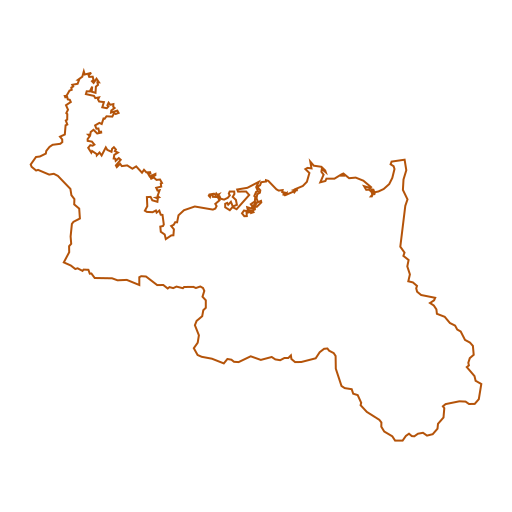 Kankintú, Ngöbe Buglé, Panama (orthographic projection)
{"feature_id": "35544464B2015792153620", "entity_name": "Kankintú", "entity_type": "district", "adm_level": 2, "iso_a3": "PAN", "parent_name": "Panama", "parent_adm1": "Ngöbe Buglé", "projection": "orthographic", "projection_center": [-82.082, 8.823], "detail": "fine", "context": "isolated", "style": "outline", "palette": "amber", "viewbox_px": 512, "rotation_deg": 0, "n_neighbors": 0, "source": "geoboundaries", "source_scale": "gbopen_adm2", "svg_char_len": 5975}
<svg xmlns="http://www.w3.org/2000/svg" viewBox="0 0 512 512"><path d="M63.8,262.4L70.8,265.5L75.3,269.0L77.6,268.3L82.5,270.9L83.6,269.6L88.4,269.8L89.8,273.7L91.4,273.5L94.7,278.0L112.1,278.3L117.5,280.3L126.8,279.9L139.3,285.0L139.3,277.2L141.2,276.2L146.0,276.5L157.2,285.1L163.3,285.0L167.7,288.5L169.5,287.1L173.2,288.1L176.5,286.6L182.9,288.2L184.1,287.0L193.4,286.9L195.9,288.0L200.3,286.5L203.0,288.0L204.3,290.9L202.5,296.7L205.8,300.3L205.8,307.8L203.3,310.2L202.2,316.2L196.6,320.9L194.9,325.2L198.9,335.3L197.7,342.7L193.8,348.2L197.6,355.0L201.7,356.8L211.9,358.7L223.8,363.4L227.4,359.0L231.4,359.7L234.0,361.8L238.6,362.1L250.7,356.3L260.8,359.9L271.7,357.0L275.3,359.4L280.2,360.2L284.4,358.0L288.3,358.0L290.9,355.4L291.4,359.0L295.1,362.1L301.3,362.0L315.7,358.3L319.7,352.2L324.1,348.8L327.4,348.5L329.1,350.7L333.7,353.1L335.6,356.0L335.8,368.7L341.5,386.0L344.7,388.1L351.7,389.2L353.2,393.7L357.7,395.1L361.2,402.8L360.6,405.2L366.8,411.9L379.3,419.8L381.4,422.5L381.3,426.7L384.2,431.5L392.3,436.3L395.1,440.6L402.6,440.6L405.9,435.9L409.0,433.7L411.8,436.1L414.3,436.3L418.0,433.7L423.0,432.8L427.0,435.6L432.7,434.2L437.5,428.7L438.0,423.8L443.5,417.5L444.3,408.2L442.9,406.3L445.6,404.1L459.4,401.3L465.6,401.6L469.0,404.0L474.7,403.9L478.8,399.2L481.3,384.0L475.6,380.8L474.5,376.1L466.8,367.1L468.9,365.4L468.3,362.8L469.8,358.1L473.7,354.8L472.9,345.9L470.0,342.6L465.0,339.9L460.7,331.5L457.2,329.5L455.1,325.6L449.9,323.0L444.7,316.8L436.9,313.8L436.4,309.4L433.8,305.5L430.0,303.0L434.1,300.3L435.2,297.8L421.1,295.0L417.1,291.7L416.2,288.3L417.0,285.9L412.9,282.4L408.3,281.3L409.9,274.4L407.3,266.4L408.6,260.0L403.4,255.9L404.5,252.6L400.3,246.7L405.3,205.8L407.5,199.4L402.9,189.9L403.5,179.5L406.3,170.2L404.6,159.7L391.6,161.6L390.6,164.3L393.6,166.2L394.5,169.0L392.3,177.9L389.2,184.1L383.7,189.0L378.4,191.5L374.4,192.3L373.4,189.7L371.5,189.4L372.2,192.3L375.3,194.4L373.2,193.5L371.8,196.4L370.9,196.4L372.4,194.5L371.6,192.0L369.2,189.7L366.2,189.8L364.1,186.2L370.0,187.9L371.0,187.1L363.4,180.7L355.7,177.6L349.1,178.2L343.4,173.5L342.3,174.0L342.9,175.3L345.1,175.7L340.8,175.7L340.6,174.9L334.4,178.7L326.4,178.7L325.4,181.0L320.3,182.3L323.6,174.7L321.4,171.8L321.8,169.0L325.8,172.3L325.2,170.5L321.4,166.8L313.8,165.7L310.3,161.6L311.5,168.4L307.5,167.9L305.4,169.1L309.4,173.0L306.9,181.8L302.8,186.0L295.6,189.0L297.7,190.6L295.5,189.5L293.6,190.1L295.5,190.9L294.3,192.4L293.7,191.5L286.6,194.6L286.7,193.3L284.2,195.8L285.0,194.2L283.5,194.5L283.5,193.5L284.8,192.6L282.2,192.0L282.6,190.1L278.7,190.6L276.4,189.3L268.3,180.9L266.0,180.2L266.0,181.5L261.2,182.2L260.1,185.2L257.3,186.9L260.3,190.3L259.9,192.7L257.3,194.2L256.5,198.2L258.0,202.2L261.0,200.9L261.3,202.4L256.8,206.8L254.8,205.8L254.9,209.4L252.5,210.5L253.5,212.2L251.1,213.0L250.7,210.7L249.3,210.1L249.3,212.3L246.6,212.8L246.8,216.1L244.3,216.2L242.0,213.3L244.0,210.5L248.1,211.4L247.2,207.2L251.5,208.5L252.0,207.5L253.9,209.1L253.0,207.1L254.3,204.9L252.0,206.0L250.8,204.2L253.7,202.2L255.9,204.3L256.7,203.0L254.8,201.6L255.3,197.0L254.3,196.0L256.1,191.9L258.0,191.4L256.2,187.1L258.7,181.9L247.4,187.8L237.2,189.5L238.0,191.6L246.1,191.5L249.2,195.0L236.6,209.2L232.5,207.1L229.8,210.2L225.2,207.3L225.2,203.8L227.2,202.9L228.2,204.7L230.9,201.8L232.8,206.5L236.9,204.8L235.9,199.9L232.7,196.9L234.4,194.0L234.2,191.5L229.7,191.5L228.8,193.6L229.8,195.3L227.8,197.8L224.1,199.6L220.6,198.7L219.5,196.2L217.8,195.9L218.9,194.3L217.5,194.9L216.3,193.5L215.6,195.1L214.0,193.7L209.4,194.5L208.8,195.7L210.0,197.0L210.5,194.9L212.7,195.0L212.8,196.8L217.7,197.1L219.5,200.3L215.3,203.9L216.6,206.1L215.3,208.6L212.9,209.6L194.8,206.5L184.0,210.2L178.5,215.3L177.1,222.3L175.2,222.2L173.7,224.8L171.2,226.0L173.9,229.3L173.4,235.3L171.3,235.4L165.8,239.1L164.7,234.5L160.8,231.8L160.3,226.6L163.0,226.0L163.8,224.5L162.5,214.9L160.7,214.7L159.3,210.6L156.6,212.6L155.9,210.5L152.6,212.2L146.9,211.9L144.9,210.7L147.3,206.2L146.9,197.1L150.6,196.9L152.3,200.3L157.4,201.8L157.8,198.6L155.9,197.7L159.0,197.2L157.6,195.9L159.6,190.2L157.5,190.6L156.2,187.8L161.2,186.6L160.8,183.5L162.0,183.0L160.0,179.5L156.5,179.9L153.8,177.5L151.2,178.7L150.8,177.8L155.4,175.2L155.4,173.9L149.7,176.5L148.2,173.9L150.4,173.5L150.1,172.2L146.4,172.4L144.0,169.8L142.0,172.7L136.2,166.4L132.4,168.7L127.2,165.4L121.8,166.1L120.1,163.8L116.8,167.1L115.9,165.4L120.7,159.8L118.8,158.1L115.7,160.8L115.3,158.7L113.7,158.5L114.3,154.8L117.9,152.6L114.9,151.1L115.9,149.5L113.9,147.2L112.1,148.8L111.5,151.8L107.3,149.9L105.8,147.4L101.6,155.5L99.5,152.5L96.8,155.3L96.7,154.1L92.1,151.0L91.3,152.7L88.2,147.8L90.3,145.2L92.6,145.7L94.4,144.6L91.9,141.6L87.7,140.9L87.6,139.1L89.8,136.1L88.3,134.7L90.3,134.6L90.7,132.0L93.5,129.8L97.2,133.5L101.2,132.6L101.1,131.7L99.1,131.8L98.4,128.5L96.4,128.7L95.1,125.4L99.4,122.9L101.7,124.0L103.5,118.5L104.6,118.8L106.5,116.3L112.3,116.6L114.1,113.1L115.7,114.0L118.6,112.9L117.3,110.6L111.0,112.6L111.3,110.5L114.6,108.0L113.2,106.7L113.4,104.1L110.2,104.8L108.6,102.7L107.4,105.3L108.4,106.5L106.8,108.2L102.3,107.3L103.9,102.1L99.1,101.5L98.0,99.4L99.0,97.4L95.3,98.1L94.0,95.9L85.9,94.1L86.7,91.3L89.8,91.4L92.2,86.6L91.7,91.7L95.5,92.8L95.9,86.6L98.0,84.9L97.4,82.4L99.0,82.4L96.5,78.7L93.6,82.9L92.0,81.2L93.5,79.9L92.7,76.7L89.2,76.9L88.6,75.3L91.2,72.9L84.7,74.5L83.8,71.4L82.3,76.7L77.9,79.9L79.0,80.1L77.6,83.8L72.3,84.8L73.2,86.5L71.3,87.6L71.7,89.8L69.5,90.6L66.5,95.8L64.8,96.0L65.3,97.3L67.2,97.0L67.8,99.4L69.8,99.8L70.8,102.0L66.0,105.2L68.0,109.7L66.3,113.1L67.3,114.1L67.2,119.6L65.8,120.5L67.3,124.5L65.6,125.3L64.8,134.5L60.0,136.7L62.2,139.4L62.3,142.1L60.3,143.8L52.6,144.8L49.5,146.9L46.3,150.9L45.8,153.6L39.9,156.5L36.0,157.0L30.7,164.5L31.6,166.8L36.1,170.5L38.1,169.9L49.2,174.6L53.8,173.8L57.9,175.9L70.4,188.9L71.4,195.2L74.4,199.1L74.2,204.4L79.2,208.6L79.9,218.5L73.5,221.8L71.9,223.9L70.6,236.5L71.2,243.8L69.1,246.2L69.2,252.2L63.8,262.4Z" fill="none" stroke="#b45309" stroke-width="2"/></svg>